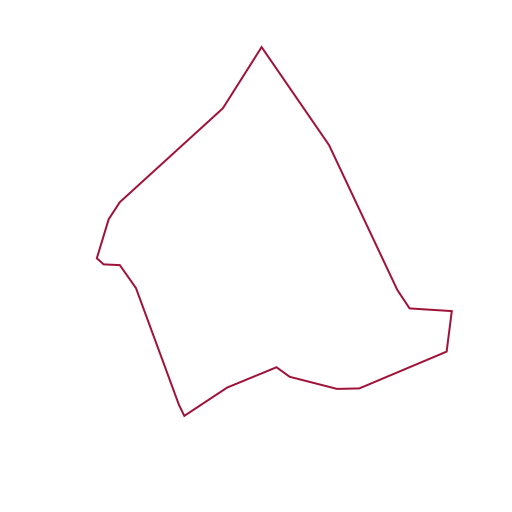 SVG path tracing the border of Rogašovci, rotated 330°
{"feature_id": "SVN-931", "entity_name": "Rogašovci", "entity_type": "Municipality", "adm_level": 1, "iso_a3": "SVN", "parent_name": "Slovenia", "parent_adm1": "", "projection": "equal_earth", "projection_center": [16.013, 46.801], "detail": "fine", "context": "isolated", "style": "outline", "palette": "rose", "viewbox_px": 512, "rotation_deg": 330, "n_neighbors": 0, "source": "natural_earth", "source_scale": "10m", "svg_char_len": 429}
<svg xmlns="http://www.w3.org/2000/svg" viewBox="0 0 512 512"><g transform="rotate(330 256 256)"><path d="M290.2,113.9L301.2,111.5L365.3,77.9L374.7,196.5L361.4,356.1L362.8,378.2L398.0,401.6L373.3,434.1L279.2,422.3L259.7,411.6L224.8,377.5L218.1,362.6L165.3,355.5L114.0,358.6L114.8,346.6L136.0,223.8L133.5,195.8L119.9,187.1L117.0,178.4L146.8,150.5L164.9,141.3L290.2,113.9Z" fill="none" stroke="#9f1239" stroke-width="2"/></g></svg>